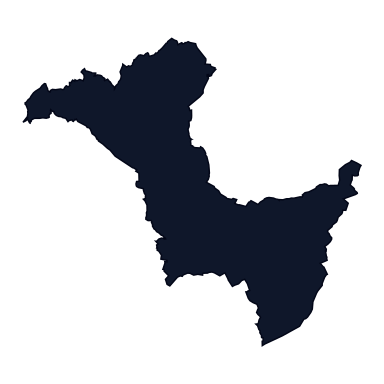 the district of Feliceni, Harghita, Romania
{"feature_id": "2599482B81042464195170", "entity_name": "Feliceni", "entity_type": "district", "adm_level": 2, "iso_a3": "ROU", "parent_name": "Romania", "parent_adm1": "Harghita", "projection": "mercator", "projection_center": [25.253, 46.284], "detail": "fine", "context": "isolated", "style": "filled", "palette": "ink", "viewbox_px": 384, "rotation_deg": 0, "n_neighbors": 0, "source": "geoboundaries", "source_scale": "gbopen_adm2", "svg_char_len": 5866}
<svg xmlns="http://www.w3.org/2000/svg" viewBox="0 0 384 384"><path d="M262.3,345.6L265.0,343.9L282.3,335.8L299.6,326.2L303.8,319.2L305.7,318.6L307.5,317.1L310.8,312.4L312.3,309.1L312.9,301.8L316.6,293.0L317.9,290.8L322.2,285.4L322.2,283.5L324.6,277.3L326.4,274.7L327.3,274.3L323.9,267.1L323.1,266.7L320.2,263.3L327.1,260.3L326.7,258.5L326.9,257.1L326.4,256.5L325.5,251.1L326.1,251.2L326.3,249.2L324.7,246.5L327.8,244.2L330.3,241.6L331.6,239.3L331.7,237.8L330.0,235.9L329.0,233.5L328.1,232.9L327.6,231.1L327.7,230.4L332.1,226.6L332.1,225.9L332.6,224.9L336.5,221.9L337.3,220.2L338.1,217.2L341.8,213.8L342.3,212.7L342.8,210.2L345.8,210.3L348.2,203.2L343.3,198.9L355.5,194.5L357.3,193.4L357.1,192.5L354.4,190.2L354.4,189.0L353.6,187.9L350.2,185.0L351.4,181.2L352.1,180.0L352.3,175.1L354.8,175.9L357.4,175.7L358.3,175.0L358.2,172.6L359.8,167.5L361.0,165.4L356.8,163.0L351.5,160.5L350.0,162.3L345.4,164.7L339.4,169.6L339.2,175.7L339.7,180.1L338.2,185.4L330.3,185.5L328.7,185.9L326.3,184.2L324.6,183.9L322.1,184.6L320.1,184.6L316.5,186.9L315.7,188.5L308.9,191.9L305.0,192.7L302.4,195.0L303.0,195.5L302.3,196.9L299.8,196.9L293.9,198.2L291.2,198.1L289.4,198.7L286.4,198.8L282.9,199.8L279.2,199.6L279.1,200.3L278.0,199.4L275.7,199.0L273.6,198.1L269.0,197.5L266.6,197.9L264.5,198.9L263.8,200.0L260.3,202.1L258.1,204.5L251.0,200.7L249.1,202.5L248.7,202.3L245.9,206.5L239.5,204.8L238.0,204.8L234.9,203.5L235.1,203.2L234.8,203.0L235.8,201.6L236.7,199.6L233.1,198.5L231.8,199.4L226.8,198.5L226.0,197.4L220.5,194.1L218.6,190.8L214.8,188.1L214.1,186.5L206.4,182.3L208.3,179.3L209.2,176.2L209.0,174.9L209.4,173.0L208.8,164.9L206.8,156.6L205.5,155.0L205.7,153.5L204.7,151.0L202.7,148.1L200.6,146.8L200.1,148.0L194.6,147.6L192.6,146.4L192.7,146.0L190.7,145.1L190.8,143.2L190.5,141.8L191.0,139.1L191.3,139.1L190.1,138.3L188.7,134.5L189.0,134.0L188.1,130.2L188.1,128.9L189.0,126.9L189.2,125.3L189.0,122.0L188.7,121.3L190.8,120.5L191.5,117.9L191.6,115.6L191.5,110.1L189.7,110.5L189.3,108.3L188.2,106.3L199.7,96.8L203.1,93.0L203.1,89.9L204.4,86.5L208.5,78.3L208.0,76.6L207.1,76.4L206.9,75.7L207.5,75.1L207.3,74.6L208.6,74.5L208.9,75.2L208.3,75.7L208.5,76.5L211.0,75.8L211.8,74.8L211.4,74.3L215.8,69.3L214.5,68.5L214.9,67.8L211.3,66.6L210.8,66.1L210.3,64.5L205.1,64.1L205.9,60.3L205.8,58.8L197.1,47.8L196.1,45.6L195.6,43.7L190.1,42.6L188.1,41.7L186.5,42.6L185.0,42.6L184.7,43.4L182.3,43.9L182.0,42.8L181.7,42.7L177.8,44.7L177.4,42.2L176.6,40.8L174.6,40.2L171.7,38.4L167.8,41.5L167.0,43.2L166.2,43.3L162.4,47.8L159.9,50.2L159.0,50.6L157.8,52.6L156.7,53.2L155.8,53.0L154.2,54.9L149.6,56.3L149.0,55.8L148.4,53.6L147.7,52.8L145.8,53.7L143.9,55.7L140.5,54.9L138.8,55.3L137.2,57.1L137.2,57.8L136.3,58.0L135.8,59.1L134.0,59.8L133.6,61.7L132.6,63.3L132.5,65.0L130.1,66.5L128.7,65.8L126.6,67.0L122.8,64.2L122.7,65.6L120.1,71.9L121.3,75.6L120.9,78.3L120.1,80.2L118.7,81.7L118.1,83.7L116.0,85.6L115.0,87.5L115.1,88.4L114.5,89.2L114.5,87.1L112.1,85.0L110.2,81.9L109.8,81.9L107.6,79.2L104.7,80.7L104.4,80.3L104.9,78.8L103.7,77.7L102.7,77.4L101.6,75.9L100.1,75.3L97.0,74.9L95.5,76.0L94.2,75.9L95.7,73.6L95.7,73.1L92.2,73.1L91.4,72.5L86.8,71.1L86.0,71.2L85.2,70.3L84.5,68.7L82.5,70.2L81.2,72.0L83.3,74.1L84.0,75.2L84.2,77.9L83.2,80.8L79.7,79.5L77.0,80.8L75.0,79.8L74.7,81.3L72.6,80.1L71.4,81.9L71.4,82.6L69.5,82.5L69.5,84.1L69.9,85.5L68.0,86.9L66.5,85.8L66.1,85.9L64.7,87.5L63.8,89.4L62.6,89.6L60.7,89.0L55.5,89.7L52.4,89.4L50.4,90.5L50.3,91.7L49.9,92.1L49.5,91.6L48.8,91.5L47.8,90.4L47.5,88.5L46.6,86.8L45.6,83.8L44.4,83.6L42.0,85.7L40.2,88.2L35.5,91.2L33.5,92.9L31.2,96.0L29.8,98.5L28.2,99.6L26.2,102.4L25.2,102.7L25.1,104.1L26.1,105.1L28.1,110.2L27.7,111.5L27.9,113.5L27.4,116.6L23.0,122.2L25.8,120.8L27.5,118.9L27.4,119.5L28.5,120.7L29.6,122.9L30.1,123.1L30.2,121.4L31.1,121.5L31.3,120.9L31.0,120.7L31.7,119.7L34.5,118.3L39.6,118.3L42.7,117.8L46.3,118.2L48.6,117.6L49.2,117.2L49.0,115.1L49.9,114.2L50.1,113.3L51.0,113.3L51.1,112.1L50.9,110.7L50.5,110.6L50.7,109.6L52.7,111.4L54.0,111.6L54.0,112.6L54.7,113.8L56.3,115.4L58.5,116.4L61.3,116.7L62.8,117.6L65.8,118.3L68.0,121.6L68.9,120.7L71.1,120.0L72.3,120.1L72.5,121.0L73.4,121.4L74.8,119.5L75.2,119.9L76.3,119.1L77.9,121.5L86.1,125.8L87.2,127.4L89.1,127.8L89.8,128.4L90.6,129.7L92.1,133.7L95.0,135.7L96.9,138.4L96.6,138.7L96.8,139.0L98.7,140.5L98.6,141.1L102.8,144.0L107.5,148.3L110.0,150.0L115.2,156.2L132.6,167.7L133.8,168.0L136.8,169.9L135.8,171.2L138.9,173.1L139.1,181.3L136.6,181.5L136.0,183.9L136.3,185.8L136.7,186.5L138.6,187.6L143.3,188.6L143.5,190.5L144.4,193.4L145.6,195.0L145.4,197.0L145.5,198.5L143.4,199.2L145.1,201.0L147.0,205.1L147.1,210.9L146.4,212.9L146.6,214.0L146.5,216.2L145.9,217.5L145.9,219.3L148.1,220.6L151.1,220.5L151.8,221.7L151.5,222.3L152.3,224.2L152.7,224.3L152.5,226.1L154.1,229.0L155.4,229.8L156.6,231.6L158.8,232.8L161.3,235.2L162.6,235.5L164.2,237.5L165.3,238.0L165.7,238.9L164.3,239.1L163.6,238.5L161.6,238.1L158.9,239.0L156.5,241.4L155.8,241.3L158.2,244.0L156.6,245.0L157.0,247.0L156.7,248.0L157.1,248.0L157.6,247.3L157.1,250.1L158.9,251.2L161.5,255.2L160.9,259.1L167.1,260.4L167.0,261.9L164.8,261.7L165.0,263.0L162.9,269.3L164.1,269.4L164.1,271.1L168.7,275.8L165.5,279.3L167.1,284.4L169.8,285.9L177.5,277.1L180.2,275.9L182.3,276.3L183.2,274.9L187.6,273.1L190.1,273.3L193.7,275.1L197.8,274.3L202.6,275.1L202.7,273.7L203.0,273.2L207.4,273.1L209.3,272.3L212.0,272.0L214.4,272.8L219.8,275.8L224.9,272.8L228.4,279.7L228.2,279.9L232.4,286.4L234.6,285.2L238.6,283.8L241.7,280.5L244.7,279.3L247.4,283.7L249.7,290.5L247.9,291.0L247.2,291.8L245.9,291.9L248.3,298.3L249.9,300.6L253.1,302.6L257.0,304.3L258.5,308.2L257.9,309.1L256.6,312.5L258.0,314.5L259.9,316.2L260.5,317.3L259.1,319.9L258.2,323.8L255.9,324.1L257.6,325.7L258.9,329.5L260.2,331.0L259.9,331.7L259.9,332.8L261.5,335.3L261.5,337.2L261.9,337.7L263.0,337.8L263.2,340.5L263.0,340.9L262.2,341.2L262.3,345.6Z" fill="#0f172a" stroke="#020617" stroke-width="1.5"/></svg>